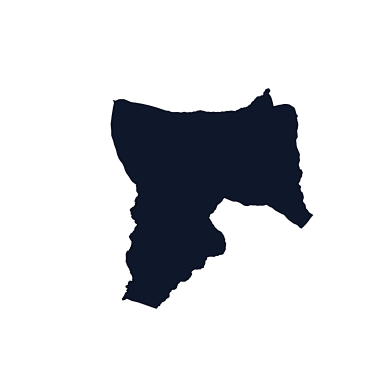 Lagdera, North-Eastern, Kenya, rotated 302°
{"feature_id": "3690345B54288416110697", "entity_name": "Lagdera", "entity_type": "district", "adm_level": 2, "iso_a3": "KEN", "parent_name": "Kenya", "parent_adm1": "North-Eastern", "projection": "robinson", "projection_center": [39.22, 0.501], "detail": "fine", "context": "isolated", "style": "filled", "palette": "ink", "viewbox_px": 384, "rotation_deg": 302, "n_neighbors": 0, "source": "geoboundaries", "source_scale": "gbopen_adm2", "svg_char_len": 6073}
<svg xmlns="http://www.w3.org/2000/svg" viewBox="0 0 384 384"><g transform="rotate(302 192 192)"><path d="M236.1,306.2L236.0,303.8L236.1,302.0L236.3,301.4L237.4,299.2L237.8,297.2L238.2,296.7L240.3,295.0L240.9,294.2L241.6,291.9L242.0,291.1L242.5,290.4L243.6,289.7L245.7,289.4L247.0,288.5L249.4,285.9L249.6,284.2L249.9,283.6L250.3,283.1L251.8,281.7L253.4,281.3L253.9,281.0L254.1,280.6L254.2,278.8L255.0,277.2L258.4,277.2L259.3,277.0L260.1,276.4L260.5,276.3L263.1,276.4L265.0,275.5L266.8,275.0L267.1,274.6L267.3,273.9L268.2,273.1L267.7,271.0L269.3,269.8L270.2,268.4L271.1,267.6L272.0,267.1L275.8,266.1L277.9,264.3L279.3,263.5L280.6,263.0L281.0,262.5L284.9,257.0L286.7,255.2L287.9,254.5L289.6,253.0L291.2,252.0L291.8,251.8L293.7,251.9L294.6,251.7L299.0,248.2L300.1,247.7L301.2,247.6L302.8,246.8L304.7,246.0L306.4,244.8L307.5,243.3L309.3,241.9L309.9,241.0L310.4,240.7L311.5,241.0L312.0,241.0L313.0,238.6L316.0,235.5L317.1,233.8L317.1,228.4L316.1,225.9L314.6,223.5L313.1,222.2L311.3,220.0L306.8,215.7L310.1,212.7L313.6,208.8L314.6,207.1L315.3,205.0L315.8,204.1L316.7,203.9L317.9,204.2L318.9,204.1L319.3,203.9L319.6,202.8L319.9,202.4L319.5,202.0L317.9,200.7L316.1,201.0L314.8,200.6L314.1,200.7L312.5,201.6L311.8,201.6L311.1,201.3L310.1,200.1L308.1,199.0L307.9,198.3L307.2,197.4L306.6,197.2L304.8,197.1L304.1,196.6L302.2,196.9L300.8,196.0L298.9,195.7L298.0,195.9L296.8,195.8L295.8,195.0L293.4,194.3L292.2,193.4L291.5,193.2L291.4,192.6L290.7,191.6L290.0,191.3L289.3,190.6L288.9,189.5L287.9,189.3L287.4,188.9L285.8,188.2L284.5,186.9L283.6,186.9L282.7,186.1L282.5,185.0L281.8,183.9L281.1,182.3L280.3,181.5L280.0,181.7L279.6,181.2L279.6,180.6L278.5,178.9L276.7,177.2L276.1,176.4L275.9,175.5L274.7,174.4L274.1,174.1L273.2,172.1L272.3,171.1L272.1,170.6L271.4,169.6L271.1,168.5L270.8,168.0L268.9,165.7L268.6,164.5L267.0,162.0L266.7,160.6L265.5,157.1L265.2,156.1L263.6,154.5L263.0,153.7L261.5,153.1L261.2,152.1L260.7,151.4L258.7,149.7L257.9,148.0L257.2,147.4L256.0,145.5L255.3,143.4L255.0,143.0L253.3,141.5L252.6,140.3L252.3,139.3L250.9,136.7L249.6,134.9L249.0,133.8L248.6,133.2L248.0,131.7L248.0,129.9L246.6,127.3L244.4,118.1L242.3,110.7L239.6,103.0L237.3,97.4L235.5,93.5L235.1,92.1L234.2,86.1L233.6,84.7L231.3,81.3L228.6,79.5L227.9,78.4L227.8,77.8L226.9,79.1L226.3,79.4L222.8,80.6L214.3,84.2L207.3,87.5L206.1,88.2L202.1,91.3L197.6,94.2L194.0,98.7L191.4,101.4L188.2,105.5L184.5,109.3L182.0,112.8L180.8,115.5L180.4,117.1L179.4,118.9L177.6,121.7L176.0,123.4L174.5,125.5L173.7,126.9L172.2,130.6L170.4,134.2L169.8,136.0L169.4,139.8L169.9,140.2L169.1,141.6L167.8,141.8L167.1,142.9L165.5,143.6L164.7,144.4L163.8,144.7L162.9,146.6L162.6,148.1L162.1,148.3L161.1,148.2L160.6,148.8L159.2,148.8L158.7,148.3L156.9,148.1L155.3,148.5L154.5,148.6L154.0,148.8L153.7,149.2L153.8,150.3L153.5,150.7L152.1,150.4L151.3,151.2L150.8,151.4L149.6,150.9L148.4,151.0L147.1,150.0L146.4,150.0L145.5,149.4L144.6,149.3L143.7,149.8L143.1,151.3L141.8,151.9L141.3,152.3L140.8,153.7L140.1,154.1L139.1,154.2L138.2,156.5L138.5,157.5L138.4,158.6L137.9,159.6L136.7,159.6L136.1,160.9L136.2,162.7L135.7,163.4L134.1,163.5L132.2,163.1L130.8,163.1L129.6,163.9L128.9,164.0L127.9,163.6L125.8,163.5L124.9,163.1L124.4,163.1L123.8,162.6L123.2,163.0L122.7,163.1L121.6,162.6L121.0,162.8L120.6,163.4L119.0,166.4L118.8,167.1L118.4,167.6L116.5,168.5L115.6,169.2L114.8,169.1L113.7,169.8L112.6,169.6L112.1,169.7L111.6,170.1L109.9,169.8L108.2,170.2L107.4,168.9L105.3,169.1L104.7,169.3L101.7,171.3L100.8,172.1L99.4,172.5L98.0,173.5L97.2,174.8L96.1,175.8L95.6,177.0L94.6,178.5L94.4,179.6L93.1,180.8L92.7,182.0L91.2,182.7L90.1,185.2L89.6,185.9L87.9,187.7L86.3,188.3L85.9,189.2L85.6,189.3L83.9,188.5L83.4,186.8L82.7,186.5L81.3,186.5L79.6,187.6L79.1,187.4L77.2,186.2L76.6,186.8L76.6,188.3L77.0,189.2L76.8,189.4L75.9,189.4L74.2,189.0L73.7,190.1L73.0,190.5L72.4,190.3L71.7,189.7L70.8,189.6L68.0,190.0L66.9,189.9L66.1,190.0L64.7,189.8L64.1,190.4L65.6,191.9L66.4,191.9L66.9,192.2L67.8,193.4L68.4,198.3L70.5,204.4L74.7,223.1L75.1,223.3L77.5,223.2L78.7,224.4L79.3,224.1L79.9,224.2L80.7,224.0L81.4,224.4L82.2,224.1L83.0,224.5L83.7,225.2L84.6,225.5L85.4,226.2L87.9,226.2L90.4,227.6L91.6,227.6L92.2,226.9L94.0,225.8L96.2,226.1L97.0,226.4L97.7,226.2L98.2,225.8L99.3,226.8L100.1,228.2L100.6,228.6L101.0,228.5L101.7,229.1L102.7,229.2L104.1,228.7L104.7,228.8L106.3,228.1L107.1,228.1L107.8,228.8L110.2,229.0L111.4,230.6L111.8,231.7L112.3,232.2L112.8,233.2L113.7,233.5L114.0,233.8L114.9,233.9L115.6,234.5L116.8,234.9L117.3,234.8L118.6,234.9L119.0,235.2L120.2,235.1L120.5,235.2L121.2,235.0L122.2,234.9L122.6,234.5L123.1,233.3L123.9,233.1L126.7,233.9L128.7,235.3L129.5,237.1L130.0,237.5L131.6,239.8L131.8,239.9L132.2,239.6L132.6,239.7L133.3,240.1L133.8,241.1L134.2,241.3L134.8,240.9L135.8,240.8L136.2,240.4L137.1,240.7L138.0,240.5L139.2,239.9L139.8,239.4L140.3,239.2L141.1,239.2L142.7,239.7L143.8,238.8L144.9,238.9L146.3,240.0L147.6,241.5L149.4,244.9L149.8,245.1L150.8,245.3L152.3,247.6L153.4,247.7L154.2,248.9L154.8,249.4L155.0,250.0L155.7,250.3L156.2,250.8L157.7,250.4L158.4,250.7L159.3,250.4L161.1,250.4L162.0,249.3L163.1,249.2L164.0,248.5L165.4,248.1L166.2,247.3L166.7,246.4L167.5,245.5L168.0,245.2L168.4,244.7L169.0,244.7L170.1,243.0L170.9,242.4L171.3,241.4L171.8,240.8L172.1,239.5L172.7,238.9L173.0,236.7L172.7,235.3L172.9,233.9L172.9,232.6L173.4,231.7L173.2,230.9L173.7,230.2L173.8,229.3L174.9,227.8L175.2,226.0L176.6,224.1L177.3,222.3L178.1,221.2L178.2,220.1L178.7,219.5L179.2,219.3L180.4,219.4L181.5,218.9L183.6,218.7L184.8,219.9L185.9,220.4L187.2,220.4L188.5,220.2L189.9,220.7L194.8,219.8L196.2,220.5L197.8,221.1L199.1,221.3L200.3,221.8L201.5,221.5L203.0,221.6L204.1,221.8L204.7,221.7L206.2,230.9L206.7,232.2L208.1,234.4L208.8,237.6L208.9,239.2L208.8,242.7L209.0,243.9L210.2,246.3L212.5,248.2L213.5,250.4L214.8,252.2L215.6,254.5L216.7,255.7L218.2,258.4L218.8,259.2L221.1,261.3L221.5,261.9L221.3,265.6L221.8,268.1L221.2,272.6L221.6,279.1L222.1,282.3L220.7,286.8L220.3,288.6L219.8,294.6L220.3,297.3L220.4,298.6L220.2,300.1L219.6,302.0L219.7,303.7L224.8,304.9L229.0,305.5L233.3,305.7L236.1,306.2Z" fill="#0f172a" stroke="#020617" stroke-width="1.5"/></g></svg>